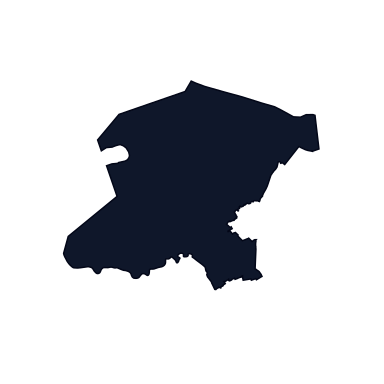 Het Hogeland, Groningen, Netherlands, rotated 340°
{"feature_id": "6326949B63985747686653", "entity_name": "Het Hogeland", "entity_type": "district", "adm_level": 2, "iso_a3": "NLD", "parent_name": "Netherlands", "parent_adm1": "Groningen", "projection": "orthographic", "projection_center": [6.588, 53.413], "detail": "fine", "context": "isolated", "style": "filled", "palette": "ink", "viewbox_px": 384, "rotation_deg": 340, "n_neighbors": 0, "source": "geoboundaries", "source_scale": "gbopen_adm2", "svg_char_len": 5889}
<svg xmlns="http://www.w3.org/2000/svg" viewBox="0 0 384 384"><g transform="rotate(340 192 192)"><path d="M235.8,258.7L234.7,258.3L234.3,258.3L233.8,258.4L233.7,258.5L233.6,258.4L233.0,258.5L232.0,259.0L231.5,259.1L229.5,254.8L229.3,254.9L226.6,254.9L226.2,255.0L222.7,255.0L220.1,249.3L220.3,248.6L220.6,248.1L219.6,246.2L219.0,244.9L217.1,244.8L215.8,245.4L214.3,241.4L212.8,241.6L212.7,241.6L212.7,241.4L212.3,241.4L212.3,241.1L213.5,240.8L214.1,240.8L215.4,240.5L217.2,240.2L216.9,238.1L215.7,238.4L213.5,234.1L215.9,232.4L216.3,232.3L216.9,232.3L217.2,232.1L217.3,232.2L217.4,232.4L217.3,232.7L217.4,232.9L217.5,232.9L220.9,232.7L221.3,232.9L221.8,233.0L222.0,232.9L222.0,232.6L222.4,232.2L222.9,232.1L223.3,232.2L223.6,232.2L223.8,232.1L223.7,231.8L223.9,231.6L224.2,231.6L224.4,231.8L225.0,231.8L225.1,231.6L225.1,231.4L225.1,231.2L225.5,231.0L225.7,230.8L225.8,230.3L225.7,230.2L225.4,229.8L225.4,229.1L225.5,228.7L225.1,226.8L224.9,226.3L225.0,225.8L224.9,225.4L225.0,225.2L225.5,225.3L226.3,224.4L226.7,224.2L227.5,224.2L228.3,224.1L228.8,225.6L229.2,225.5L228.7,224.0L230.2,223.9L231.1,223.6L231.3,223.4L231.3,222.9L231.1,222.6L231.1,222.4L231.4,222.0L232.1,221.8L232.3,221.7L232.9,222.8L233.2,222.9L234.3,222.8L234.9,222.9L235.5,222.7L236.2,222.0L236.4,222.3L236.7,222.3L236.8,221.7L237.5,221.9L237.7,222.2L238.4,221.8L238.7,221.8L238.9,221.8L239.5,221.4L240.0,221.4L241.2,222.4L242.1,222.6L242.6,222.6L243.6,222.2L243.7,221.8L243.8,221.7L244.0,221.4L244.8,221.2L245.2,221.3L245.3,221.4L245.7,221.9L246.0,222.1L246.3,222.1L246.7,221.5L247.3,221.4L248.7,221.9L249.3,222.3L249.6,222.4L250.1,222.3L251.6,223.6L252.1,224.0L252.8,223.3L253.6,222.0L254.1,221.5L255.0,220.9L255.7,220.7L255.9,220.3L256.3,219.9L256.6,220.0L256.6,219.8L257.5,219.0L258.5,217.8L262.4,214.5L264.6,212.3L266.0,210.6L271.8,203.3L273.8,201.8L273.9,201.6L274.8,201.2L276.2,200.2L278.1,199.3L279.0,198.7L279.9,197.9L280.1,197.9L281.1,196.6L283.2,193.3L283.9,193.2L284.3,193.3L284.6,193.5L285.1,194.0L285.3,194.3L285.3,194.8L285.2,195.0L285.1,195.3L285.3,195.5L286.1,195.3L286.7,195.1L288.5,197.9L308.0,185.8L308.2,186.0L309.4,187.4L309.9,187.8L310.0,188.0L313.0,191.0L315.1,192.6L318.0,194.3L319.1,195.0L319.2,194.7L319.4,194.9L326.0,195.0L333.8,162.0L332.2,160.7L325.8,158.4L319.5,158.8L313.1,156.1L303.6,145.3L298.8,140.2L287.7,132.1L271.8,119.9L256.0,108.7L240.1,97.2L232.8,91.0L229.2,87.5L219.9,95.2L150.0,94.1L121.1,110.8L120.9,122.3L126.7,121.0L132.4,122.5L134.2,122.4L136.5,122.4L139.1,122.6L140.8,122.9L143.3,125.1L145.2,128.0L146.2,132.7L145.8,136.1L144.8,137.9L142.5,139.6L139.9,140.1L133.0,139.2L132.1,139.7L126.4,138.2L120.7,138.1L120.1,170.5L60.5,191.4L50.4,205.7L50.3,206.4L50.2,207.4L50.3,209.5L50.5,210.7L50.8,213.1L51.0,214.6L51.4,215.9L51.7,217.1L52.5,219.1L53.0,220.0L53.5,221.0L54.4,222.3L55.0,222.8L58.5,224.3L61.2,225.0L68.3,226.5L69.2,226.8L69.7,227.1L71.4,228.3L71.7,228.6L72.1,229.1L72.6,230.4L72.7,230.8L73.1,232.9L74.1,235.2L74.5,235.7L74.9,236.1L75.3,236.3L75.8,236.5L76.4,236.5L77.0,236.5L77.5,236.4L78.5,235.7L79.8,234.2L80.7,233.5L81.1,233.3L82.1,232.9L83.1,232.8L84.3,233.2L87.1,234.3L89.6,234.7L90.6,235.0L91.4,235.5L93.0,236.7L94.0,237.1L95.7,237.5L98.9,240.5L100.8,242.1L102.6,243.0L103.7,243.8L104.9,244.7L105.5,245.4L105.9,245.9L106.2,246.4L106.5,247.1L106.7,248.0L106.6,249.1L106.7,250.5L106.8,251.1L106.9,251.6L107.4,252.4L107.7,252.9L108.6,253.4L109.9,254.0L110.9,254.2L111.7,254.3L112.7,254.2L113.3,253.9L115.0,252.8L116.3,252.1L117.2,251.8L117.7,251.9L118.3,252.0L119.4,252.6L120.3,253.6L121.1,254.7L121.4,255.0L121.7,255.2L122.4,255.2L123.0,254.9L123.6,254.3L124.2,253.3L124.9,251.7L125.3,250.8L125.7,250.5L126.4,250.2L127.1,250.4L129.2,251.1L130.2,251.3L131.4,251.3L134.8,251.4L138.0,251.9L139.4,251.8L141.0,251.3L142.2,250.4L142.4,250.2L143.0,249.2L143.8,247.1L144.1,246.5L144.4,246.2L144.7,246.0L145.2,246.1L146.9,246.8L147.8,246.8L148.9,246.5L150.0,246.0L150.4,245.9L150.7,246.1L151.3,246.9L152.8,249.7L153.1,250.4L153.2,251.2L153.3,253.0L153.5,253.3L153.9,253.5L154.5,253.4L155.2,252.9L155.6,252.6L156.7,251.2L157.0,250.9L157.7,250.5L158.0,250.1L158.0,249.8L157.9,249.5L157.0,248.6L156.8,248.3L156.6,247.8L156.7,247.4L156.8,247.0L157.1,246.6L157.7,246.2L159.0,245.7L160.0,245.6L160.6,245.7L161.4,246.0L162.1,246.5L162.5,247.0L162.6,247.4L162.7,247.8L162.6,248.3L162.0,249.2L162.0,249.4L162.1,249.7L162.3,250.1L163.3,250.5L164.8,250.9L165.6,250.9L166.2,250.7L166.5,250.5L166.7,250.1L167.0,249.1L167.4,248.9L168.3,249.0L169.6,249.7L170.4,250.5L170.6,250.8L170.7,251.4L170.7,251.9L170.0,253.1L170.1,253.4L171.1,254.7L172.8,257.5L176.4,263.0L177.7,265.2L178.6,267.0L178.6,267.3L178.6,267.8L178.5,268.6L178.3,269.5L178.2,270.7L178.2,271.2L178.6,272.1L178.7,273.3L178.6,273.6L177.9,274.3L177.7,274.6L177.6,275.0L177.6,275.5L177.6,276.8L177.7,277.4L178.3,279.1L178.8,280.9L179.5,283.0L179.4,284.1L179.4,284.4L179.6,286.1L180.1,291.3L181.0,291.8L181.6,291.5L184.2,290.7L184.2,291.0L184.3,291.0L185.5,291.2L186.2,292.0L186.6,291.6L186.8,291.0L187.1,290.9L187.8,290.9L188.1,290.8L188.3,290.9L188.5,290.9L188.5,290.7L188.9,290.4L189.1,290.6L190.0,290.0L190.0,289.7L190.6,289.6L190.6,289.8L191.9,289.5L191.6,288.0L191.7,287.9L191.4,287.1L192.6,287.4L194.5,287.0L196.1,286.6L195.9,286.9L196.1,287.4L196.4,287.4L196.7,287.6L196.7,287.8L196.6,288.2L196.9,288.4L197.5,288.4L199.1,288.2L199.2,287.8L199.8,287.7L202.4,287.5L202.6,288.8L204.9,288.8L204.9,288.7L207.9,288.6L209.1,288.7L209.1,288.8L209.7,288.8L209.7,288.2L210.8,288.1L210.4,289.2L209.9,292.4L217.6,293.8L217.6,294.2L217.5,294.8L217.6,295.2L222.2,295.2L222.5,296.5L228.6,295.3L228.9,295.3L228.9,295.2L228.8,294.1L228.7,292.8L228.4,291.9L227.9,289.9L227.4,289.0L225.9,287.0L225.7,286.5L225.0,285.8L232.5,267.6L232.6,267.3L232.4,267.2L232.5,266.9L233.2,265.5L233.4,264.4L233.8,263.1L234.0,262.7L234.4,261.6L235.0,260.6L235.6,259.0L235.6,258.8L235.8,258.7Z" fill="#0f172a" stroke="#020617" stroke-width="1.5"/></g></svg>